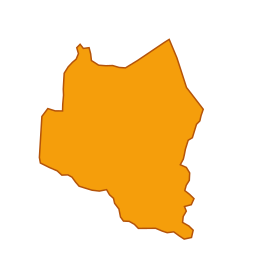 Dom Macedo Costa, Bahia, Brazil (Mercator projection), rotated 13°
{"feature_id": "56859067B72952636719234", "entity_name": "Dom Macedo Costa", "entity_type": "district", "adm_level": 2, "iso_a3": "BRA", "parent_name": "Brazil", "parent_adm1": "Bahia", "projection": "mercator", "projection_center": [-39.172, -12.907], "detail": "fine", "context": "isolated", "style": "filled", "palette": "amber", "viewbox_px": 256, "rotation_deg": 13, "n_neighbors": 0, "source": "geoboundaries", "source_scale": "gbopen_adm2", "svg_char_len": 1121}
<svg xmlns="http://www.w3.org/2000/svg" viewBox="0 0 256 256"><g transform="rotate(13 128 128)"><path d="M50.5,181.8L60.0,184.1L68.7,185.7L74.1,188.8L80.0,187.2L84.5,188.5L89.2,192.6L93.4,195.7L99.8,196.2L107.0,196.7L114.3,195.9L121.0,192.9L125.0,197.2L129.7,199.8L131.9,204.4L137.4,209.0L140.7,216.4L144.5,219.7L150.2,218.7L155.9,220.4L160.7,223.5L177.5,219.5L184.4,220.7L189.7,221.2L195.9,218.9L202.0,221.5L207.7,223.6L214.5,220.4L214.5,212.9L209.4,209.8L202.4,207.7L201.7,201.8L203.5,195.9L200.7,191.8L206.9,188.5L208.2,182.0L202.9,178.8L197.4,176.2L197.6,170.8L199.5,165.2L198.2,157.9L193.7,153.3L187.2,152.0L188.9,145.9L188.9,141.2L188.7,135.6L189.4,126.4L192.9,123.0L193.4,116.0L193.9,109.0L196.4,104.9L196.4,99.5L197.1,92.8L175.9,75.4L159.9,48.7L148.2,32.4L144.3,36.3L122.0,60.2L112.0,70.0L105.7,71.0L99.0,70.6L92.5,72.3L85.3,73.4L77.2,70.5L74.9,64.1L72.0,58.5L66.6,60.5L62.5,57.2L60.0,61.3L63.0,66.7L62.0,72.6L59.1,76.5L56.0,81.8L53.5,89.0L55.0,97.8L56.2,104.7L57.8,110.5L59.1,119.7L60.4,126.1L53.2,127.7L45.5,127.1L41.5,136.1L48.3,176.7L50.5,181.8Z" fill="#f59e0b" stroke="#b45309" stroke-width="1.5"/></g></svg>